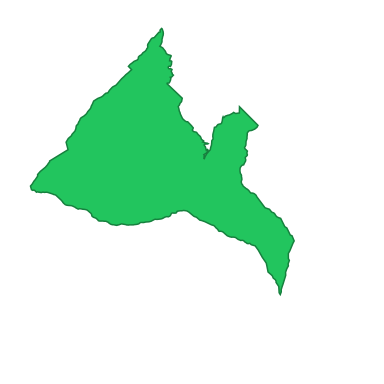 Vazquez de Coronado, San José, Costa Rica (orthographic projection), rotated 131°
{"feature_id": "36466004B47934258203273", "entity_name": "Vazquez de Coronado", "entity_type": "district", "adm_level": 2, "iso_a3": "CRI", "parent_name": "Costa Rica", "parent_adm1": "San José", "projection": "orthographic", "projection_center": [-83.961, 10.077], "detail": "fine", "context": "isolated", "style": "filled", "palette": "green", "viewbox_px": 384, "rotation_deg": 131, "n_neighbors": 0, "source": "geoboundaries", "source_scale": "gbopen_adm2", "svg_char_len": 6099}
<svg xmlns="http://www.w3.org/2000/svg" viewBox="0 0 384 384"><g transform="rotate(131 192 192)"><path d="M191.2,109.0L192.4,103.8L195.2,96.0L196.9,89.4L198.2,87.6L202.5,82.1L202.5,76.6L203.7,74.1L203.5,71.7L204.1,70.1L205.1,69.2L206.4,64.5L210.9,60.1L211.5,58.1L208.8,59.1L207.2,60.6L204.5,61.8L202.0,62.8L193.4,66.6L191.2,68.7L187.7,70.1L184.5,70.8L183.2,72.3L179.8,73.6L179.0,75.6L175.1,79.0L172.1,79.6L164.7,82.1L161.9,82.8L159.4,87.8L160.0,89.6L156.9,96.9L157.3,99.2L153.7,107.8L154.5,109.7L155.0,111.3L154.9,113.0L154.1,115.6L154.2,116.8L154.9,118.7L154.2,122.2L156.0,126.5L153.1,139.9L152.4,141.5L152.4,143.5L152.6,144.6L153.2,145.7L153.4,146.1L153.6,146.1L154.2,147.0L154.0,148.5L153.6,150.2L153.6,152.2L153.9,153.2L154.0,156.9L153.8,157.9L153.4,158.5L153.3,159.6L152.4,161.1L151.6,161.8L149.9,162.5L148.7,163.7L148.1,164.6L146.9,165.7L146.5,166.6L146.3,167.5L146.0,168.0L144.6,169.7L142.8,171.1L142.3,171.4L141.3,171.7L140.5,171.8L139.4,171.8L138.4,171.5L137.8,170.9L137.4,170.8L136.9,171.1L133.4,171.9L132.3,172.7L131.5,174.0L130.9,174.5L128.3,174.3L127.6,174.6L127.1,175.5L126.5,176.1L126.1,176.5L124.8,177.0L124.7,178.3L124.6,180.1L124.4,180.9L123.8,181.6L122.7,181.7L121.3,182.1L120.0,183.1L118.4,184.4L115.5,185.6L114.4,186.6L112.2,188.1L111.6,188.8L110.7,189.1L108.8,189.1L108.1,188.9L107.5,188.4L107.0,187.8L105.9,187.1L103.3,185.9L100.6,185.4L98.4,185.9L96.5,212.1L101.3,208.1L103.7,210.2L104.1,210.6L104.4,211.5L104.6,212.8L106.2,213.1L109.3,214.3L110.4,215.2L113.0,216.7L114.5,216.6L115.0,216.8L115.1,217.1L114.8,217.9L115.8,217.6L118.7,215.7L120.5,214.9L121.8,215.0L122.9,216.0L124.1,216.7L125.6,216.7L127.1,216.5L128.5,217.5L131.5,215.7L134.7,214.1L136.5,212.7L137.4,211.6L138.2,210.9L138.5,210.8L139.7,210.8L140.5,210.6L141.3,209.9L143.8,208.1L146.0,207.2L148.2,205.9L150.0,206.0L153.8,205.9L156.7,205.3L158.0,204.9L158.5,204.6L158.8,204.6L158.8,205.2L158.1,205.4L157.4,206.1L156.5,206.3L156.1,207.6L153.5,206.8L151.7,206.8L150.0,207.4L149.7,207.8L149.8,208.4L151.1,208.7L149.2,211.4L149.0,211.9L148.8,213.2L148.4,213.8L147.2,213.5L145.5,211.7L144.9,211.5L145.1,212.4L146.3,214.3L147.2,216.6L146.2,216.4L145.8,216.6L146.0,218.5L146.0,219.5L144.9,221.4L144.6,222.3L144.6,225.1L144.0,227.6L144.2,228.3L145.3,230.2L145.3,231.8L145.0,232.4L143.4,232.8L142.7,233.3L142.6,234.6L142.3,235.6L141.8,241.3L142.6,242.3L142.9,243.5L142.9,246.5L142.6,247.8L140.8,251.9L139.9,253.2L139.2,254.8L138.1,256.1L136.5,258.5L134.3,258.6L133.3,259.2L130.6,259.2L127.6,260.9L126.7,281.7L126.4,282.0L126.1,282.1L124.8,280.8L123.8,280.9L121.9,281.5L120.3,282.4L120.5,282.2L120.3,282.3L120.0,282.7L119.7,283.6L118.7,282.8L116.0,282.7L116.0,284.3L115.4,284.8L114.6,286.8L113.8,287.2L112.8,287.3L112.6,287.5L112.8,288.4L113.1,289.1L114.1,290.2L113.9,291.3L113.6,291.7L113.2,292.0L112.7,292.0L112.1,291.8L111.7,291.3L111.4,290.6L109.2,291.2L107.7,292.3L107.0,292.7L106.7,293.0L106.7,293.6L107.7,295.0L106.1,295.8L106.1,296.0L103.1,296.9L102.8,297.3L103.0,298.0L103.9,299.8L104.3,301.1L104.3,302.4L103.5,303.9L103.2,304.7L102.7,307.5L102.5,308.0L102.5,309.2L103.1,311.9L102.0,312.0L99.0,312.9L98.2,313.3L96.3,314.9L95.1,315.4L94.1,316.1L93.0,316.4L91.2,317.6L90.0,318.9L88.7,321.1L88.4,321.9L88.5,322.3L90.9,322.3L92.0,321.0L92.8,321.4L93.2,321.8L100.3,321.8L101.6,322.8L102.2,323.1L103.2,323.2L109.4,322.3L110.4,321.8L111.5,320.6L112.4,320.1L113.7,320.1L114.7,319.7L116.6,319.7L119.1,320.4L121.6,320.2L122.8,320.7L124.2,321.0L125.2,321.0L125.9,320.6L126.5,320.1L127.0,319.9L128.5,320.0L131.3,321.4L134.2,321.9L136.2,322.4L138.9,322.4L139.3,317.8L139.6,317.8L140.4,318.0L143.7,318.3L146.9,318.9L149.4,319.0L152.7,319.4L161.1,319.4L162.5,319.9L164.4,320.7L165.7,320.9L169.5,321.0L171.1,320.7L172.5,320.6L173.9,321.8L176.0,322.2L177.5,322.2L179.7,322.7L183.2,324.5L187.9,325.9L190.8,324.9L193.5,324.3L194.5,323.7L196.1,323.4L199.7,323.4L201.9,323.0L202.9,323.0L205.6,323.4L208.7,324.4L210.0,324.4L211.7,323.7L213.6,323.4L215.8,322.6L216.9,322.8L218.1,322.7L220.4,321.2L222.8,320.3L227.2,320.4L228.5,319.9L232.8,320.5L237.0,319.7L241.4,313.3L262.0,319.8L262.9,319.2L264.7,319.2L266.3,318.9L269.5,318.9L276.0,320.0L280.1,320.0L281.3,318.9L285.5,318.4L287.5,318.4L290.9,317.8L293.5,317.8L295.6,314.6L295.2,313.2L294.5,312.8L294.0,311.8L294.2,309.7L294.1,309.1L293.5,308.9L293.0,308.4L292.6,307.4L292.1,306.9L292.1,306.6L291.7,306.1L291.5,305.5L289.9,304.5L289.1,303.1L287.7,301.8L286.9,300.5L284.9,295.8L284.7,294.9L283.7,293.0L284.0,285.0L284.2,284.1L284.2,283.3L284.5,282.9L284.5,282.3L284.7,281.9L284.7,279.3L284.2,278.0L283.4,276.7L281.5,274.2L281.0,273.1L280.2,270.2L280.2,269.4L279.6,266.7L279.1,266.3L278.9,266.3L278.5,266.1L278.2,265.7L277.1,264.0L277.0,263.6L276.8,263.4L276.0,262.2L275.8,262.0L274.7,260.1L274.4,258.9L274.4,254.2L274.7,253.3L275.8,251.7L275.9,251.2L275.7,249.7L274.8,247.4L274.8,245.0L275.1,243.8L274.5,242.6L272.6,240.5L271.4,238.7L270.8,238.1L270.4,237.5L270.4,237.0L270.1,236.5L269.9,235.5L269.9,233.7L269.5,231.7L269.2,231.2L268.7,230.3L268.2,229.8L267.1,227.8L266.9,227.6L266.5,226.8L265.6,226.4L265.0,225.8L262.3,224.3L260.0,220.5L259.8,219.8L258.6,218.2L257.6,217.4L256.7,216.3L256.0,215.6L255.5,214.9L254.2,213.9L253.3,213.0L251.5,211.6L250.7,211.2L249.3,211.0L248.6,210.7L246.7,208.4L245.1,207.3L242.7,204.9L240.9,203.7L237.5,202.4L236.7,201.9L235.7,200.5L232.8,197.8L231.4,196.9L231.1,196.9L230.9,196.7L229.1,196.1L228.1,195.6L227.0,194.8L226.4,193.7L225.9,193.4L224.6,192.9L223.8,192.9L222.0,193.4L221.4,193.4L220.7,193.0L220.2,192.6L220.0,192.0L218.5,190.4L218.0,190.2L217.4,190.2L216.6,190.6L216.1,190.4L213.8,188.5L212.8,187.3L211.4,186.2L209.9,183.9L209.6,183.2L209.2,181.1L209.1,174.9L208.9,174.0L208.1,172.1L208.1,167.6L207.2,166.0L205.9,162.7L204.0,155.7L203.0,153.6L203.0,152.1L203.3,150.7L203.3,148.5L203.4,147.7L203.9,146.6L203.9,145.9L203.7,145.5L202.7,144.5L201.9,142.9L201.9,136.6L201.0,134.1L200.4,133.0L200.3,132.7L198.9,131.2L197.8,129.4L197.5,125.9L197.0,124.8L196.7,123.5L195.6,122.5L195.2,121.9L194.9,121.2L195.0,118.7L194.7,118.1L194.7,116.6L194.1,115.7L192.8,114.6L192.9,112.7L191.2,109.0Z" fill="#22c55e" stroke="#15803d" stroke-width="1.5"/></g></svg>